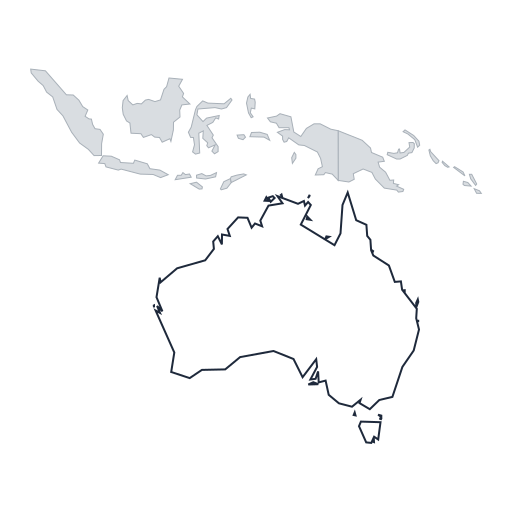 Australia highlighted among its neighbors
{"feature_id": "AUS", "entity_name": "Australia", "entity_type": "country or territory", "adm_level": 0, "iso_a3": "AUS", "parent_name": "Oceania", "parent_adm1": "", "projection": "robinson", "projection_center": [137.073, -32.4], "detail": "medium", "context": "with_neighbors", "style": "outline", "palette": "slate", "viewbox_px": 512, "rotation_deg": 0, "n_neighbors": 4, "source": "natural_earth", "source_scale": "50m", "svg_char_len": 6000}
<svg xmlns="http://www.w3.org/2000/svg" viewBox="0 0 512 512"><path d="M338.1,130.7L362.2,140.3L370.5,148.0L371.5,152.5L382.7,157.2L384.3,161.3L378.1,162.1L379.6,167.2L385.6,172.2L389.9,180.3L393.7,180.0L393.4,183.4L398.6,184.7L396.6,186.1L403.7,189.3L402.9,191.5L398.4,192.1L396.8,190.1L384.3,188.1L375.3,179.0L371.9,172.4L363.1,169.0L353.3,173.7L354.2,179.3L348.9,182.0L338.2,180.4L338.1,130.7ZM413.7,135.5L418.9,141.2L419.7,145.2L417.6,147.2L414.8,139.7L407.9,134.0L403.1,131.7L405.0,129.9L413.7,135.5ZM407.3,155.4L400.1,159.0L396.6,159.0L387.2,154.7L387.8,152.3L393.8,153.4L397.5,152.8L398.6,149.2L399.5,149.0L400.1,153.0L404.0,152.4L409.7,147.1L409.0,142.6L413.0,142.5L414.3,143.7L414.2,148.0L411.9,152.6L408.4,153.2L407.3,155.4ZM430.6,151.6L439.0,160.7L438.0,162.8L436.1,163.6L433.2,160.7L430.3,155.8L428.9,150.0L429.9,149.3L430.6,151.6Z" fill="#d9dde1" stroke="#a8b0b8" stroke-width="1"/><path d="M338.1,130.7L338.2,180.4L332.2,174.1L325.4,172.6L323.8,174.7L315.3,175.0L318.1,168.8L322.4,166.7L320.6,158.4L317.4,152.0L304.4,145.5L298.8,144.9L288.7,137.8L286.7,141.5L284.1,142.2L282.6,139.4L282.6,136.1L277.4,132.3L284.7,129.6L289.5,129.8L288.9,127.7L279.1,127.7L276.4,123.2L270.4,121.8L267.5,118.0L276.6,116.1L280.0,113.7L290.9,116.8L293.8,132.0L300.8,136.5L306.4,128.4L314.1,123.8L320.1,123.8L330.8,129.2L338.1,130.7ZM230.4,178.6L231.3,182.5L226.9,188.2L221.2,189.8L220.4,188.9L223.8,181.7L230.4,178.6ZM292.4,163.4L291.7,157.7L294.3,152.4L295.9,154.6L295.9,158.2L292.4,163.4ZM182.5,79.3L178.7,86.2L183.6,93.4L182.4,96.9L189.9,104.0L181.9,104.9L179.7,110.1L180.0,117.0L173.5,122.2L173.4,129.8L170.9,141.4L169.9,138.7L162.2,142.2L159.5,137.5L154.7,137.1L151.4,134.6L143.4,137.4L140.9,133.7L131.0,133.2L129.9,123.0L126.5,120.9L123.2,114.3L122.3,107.7L123.1,100.6L127.1,95.5L128.2,100.6L132.8,104.9L137.2,103.4L141.4,103.9L145.4,100.1L148.6,99.4L155.0,101.6L160.5,99.9L164.0,89.3L166.6,86.7L169.0,78.0L182.5,79.3ZM259.8,132.2L267.2,134.4L269.7,140.3L264.0,137.1L249.9,136.7L251.5,132.5L259.8,132.2ZM243.0,139.7L238.4,138.3L237.1,135.1L243.9,134.7L245.5,137.2L243.0,139.7ZM250.1,94.3L250.6,98.4L254.6,99.1L255.2,102.2L254.8,108.9L251.3,108.1L250.3,112.8L253.1,116.8L251.2,117.7L248.5,112.9L246.5,103.1L247.9,97.0L250.1,94.3ZM207.9,103.1L224.1,103.8L230.8,98.3L232.0,100.0L226.5,107.6L221.5,109.0L215.0,107.6L197.9,109.0L196.9,114.8L203.0,121.6L206.6,118.1L219.2,115.5L218.6,119.0L215.7,117.9L212.8,122.4L206.9,125.4L213.3,135.1L212.0,137.8L218.1,146.6L218.1,151.6L214.5,153.8L211.9,151.1L215.1,144.9L208.5,147.8L206.8,145.7L207.7,142.8L202.8,138.3L203.3,130.9L198.8,133.2L199.7,153.0L195.5,154.1L192.6,151.9L194.5,144.8L193.4,137.5L190.6,137.4L188.4,132.2L191.2,127.2L195.5,109.7L196.9,106.5L202.7,100.9L207.9,103.1ZM199.2,189.1L190.2,183.7L196.5,182.2L202.4,186.9L202.0,188.9L199.2,189.1ZM206.1,175.9L210.5,175.4L216.5,172.6L215.6,176.8L205.5,179.0L196.6,178.0L196.5,175.2L201.8,173.6L206.1,175.9ZM185.4,174.6L189.5,174.0L191.2,177.2L175.2,179.7L177.5,175.3L181.2,175.3L182.9,172.6L185.4,174.6ZM119.5,159.8L120.5,162.5L133.4,163.3L134.8,160.1L147.3,163.8L149.9,168.7L159.9,170.1L168.2,174.7L160.6,177.6L153.2,174.5L140.2,174.1L121.1,169.1L118.3,170.1L106.0,166.9L104.8,163.6L98.6,163.1L103.1,155.8L111.3,156.2L119.5,159.8ZM91.4,119.1L92.6,124.4L95.0,128.7L100.0,129.4L103.3,134.2L101.6,143.7L101.5,155.5L94.1,155.6L88.3,149.3L79.6,143.0L71.6,132.2L62.9,115.8L57.0,109.4L52.7,96.9L46.6,92.1L43.2,85.6L38.2,81.3L31.2,72.9L30.7,69.1L45.4,70.8L66.4,94.8L73.2,95.0L78.9,100.2L82.7,106.6L87.8,110.0L85.1,116.3L89.0,118.9L91.4,119.1Z" fill="#d9dde1" stroke="#a8b0b8" stroke-width="1"/><path d="M230.4,178.6L231.2,176.8L237.0,175.1L243.7,173.9L246.3,174.9L231.3,182.5L230.4,178.6Z" fill="#d9dde1" stroke="#a8b0b8" stroke-width="1"/><path d="M479.5,190.8L481.3,193.4L476.6,193.3L474.2,188.7L479.5,190.8ZM476.7,184.0L475.6,185.4L470.7,178.8L469.4,174.3L471.7,174.3L476.7,184.0ZM471.1,186.1L464.4,185.5L463.0,184.3L463.4,181.3L467.8,182.5L471.1,186.1ZM463.1,172.0L464.9,175.9L453.6,167.4L454.6,166.7L463.1,172.0ZM442.5,161.2L449.1,166.9L447.7,167.3L444.8,165.6L442.1,162.4L442.5,161.2Z" fill="#d9dde1" stroke="#a8b0b8" stroke-width="1"/><path d="M347.7,192.5L356.2,220.2L366.4,224.8L367.2,235.9L370.4,239.8L371.1,250.2L373.3,255.5L388.9,265.5L394.8,281.9L400.9,281.4L402.1,289.7L416.8,308.8L416.2,318.2L419.0,329.5L413.7,350.5L402.4,366.9L392.4,396.9L379.3,400.0L369.8,409.2L359.5,403.1L360.6,399.7L352.0,406.7L338.9,403.3L328.7,394.8L325.6,380.6L318.7,382.4L318.1,371.4L315.6,378.8L310.4,379.5L317.1,366.9L316.2,359.2L302.6,377.2L293.5,359.0L273.5,351.0L240.1,357.1L225.2,369.4L201.9,369.9L189.7,378.1L171.2,372.0L174.3,352.5L155.6,310.5L160.0,312.9L157.1,306.0L162.4,311.3L156.5,297.2L159.7,277.7L160.6,282.3L177.1,268.3L205.2,260.3L213.9,248.9L213.2,241.5L217.8,236.2L221.9,244.4L222.0,234.5L229.8,235.9L227.5,229.0L238.1,217.4L247.5,217.8L251.6,227.7L255.0,223.5L262.1,226.3L260.3,220.6L268.5,205.6L282.5,203.3L277.4,196.1L298.0,203.8L303.9,201.0L305.0,205.6L308.1,202.0L310.8,205.0L300.8,224.6L334.5,245.2L340.5,233.4L342.5,205.0L347.7,192.5ZM360.9,421.6L380.5,422.2L378.2,439.5L374.1,436.7L371.3,442.9L366.2,442.4L359.0,426.2L360.9,421.6ZM268.4,197.6L272.8,196.2L274.6,198.0L270.7,201.8L268.4,197.6ZM313.3,382.2L318.3,384.2L308.3,384.5L313.3,382.2ZM307.3,216.6L310.4,219.8L306.7,219.2L307.3,216.6ZM416.3,307.2L416.2,302.9L417.8,299.4L418.3,301.9L416.3,307.2ZM378.1,414.7L381.3,415.6L381.3,417.0L378.1,414.7ZM266.3,197.3L268.4,200.9L264.6,200.7L266.3,197.3ZM355.5,415.4L353.7,415.0L354.7,412.5L355.5,415.4ZM329.1,236.8L327.3,237.9L325.5,238.5L326.4,236.4L329.1,236.8ZM154.0,305.4L154.0,307.4L153.8,305.5L154.0,305.4ZM380.6,418.4L381.8,419.4L379.4,418.6L380.6,418.4ZM403.4,290.3L404.7,290.2L404.7,292.1L403.4,290.3ZM371.5,250.0L373.1,251.1L372.8,251.8L371.5,250.0ZM373.9,440.4L374.0,442.1L372.7,441.6L373.9,440.4ZM418.2,319.8L418.2,322.1L418.2,319.8ZM281.9,196.0L280.9,195.0L281.5,194.5L281.9,196.0ZM309.4,196.2L308.0,198.1L309.7,194.8L309.4,196.2Z" fill="none" stroke="#1e293b" stroke-width="2"/></svg>